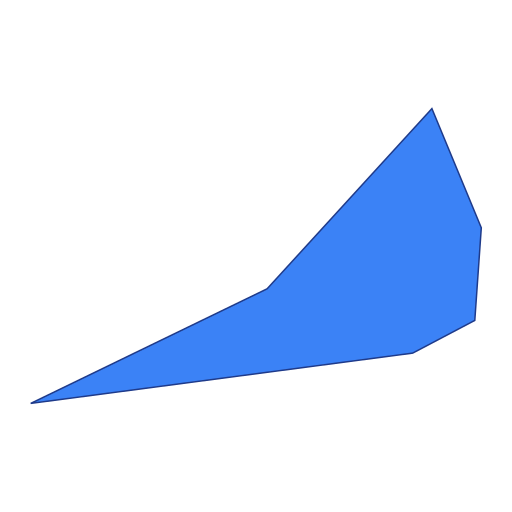 SVG path tracing the border of Sandy Ground
{"feature_id": "AIA-5120", "entity_name": "Sandy Ground", "entity_type": "District", "adm_level": 1, "iso_a3": "AIA", "parent_name": "Anguilla", "parent_adm1": "", "projection": "mercator", "projection_center": [-63.084, 18.219], "detail": "fine", "context": "isolated", "style": "filled", "palette": "blue", "viewbox_px": 512, "rotation_deg": 0, "n_neighbors": 0, "source": "natural_earth", "source_scale": "10m", "svg_char_len": 214}
<svg xmlns="http://www.w3.org/2000/svg" viewBox="0 0 512 512"><path d="M30.7,403.4L267.1,288.8L431.9,108.6L481.3,227.8L474.8,320.4L412.7,353.1L30.7,403.4Z" fill="#3b82f6" stroke="#1e3a8a" stroke-width="1.5"/></svg>